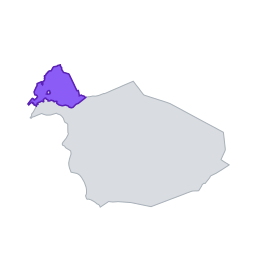 location of Tillabéri within Niger, rotated 67°
{"feature_id": "NER-4859", "entity_name": "Tillabéri", "entity_type": "Department", "adm_level": 1, "iso_a3": "NER", "parent_name": "Niger", "parent_adm1": "", "projection": "equal_earth", "projection_center": [2.123, 13.809], "detail": "fine", "context": "in_parent", "style": "filled", "palette": "violet", "viewbox_px": 256, "rotation_deg": 67, "n_neighbors": 0, "source": "natural_earth", "source_scale": "10m", "svg_char_len": 7198}
<svg xmlns="http://www.w3.org/2000/svg" viewBox="0 0 256 256"><g transform="rotate(67 128 128)"><path d="M190.0,184.5L188.1,184.5L186.9,185.0L185.5,186.4L183.9,187.0L182.0,188.3L180.8,189.3L179.7,190.1L178.1,192.0L177.6,193.5L176.1,193.8L173.8,193.5L172.4,192.0L169.1,190.5L167.0,189.9L166.0,189.7L161.1,189.4L155.8,190.0L153.1,190.7L152.6,190.9L151.1,191.8L149.8,192.9L146.4,197.7L141.9,197.5L139.2,197.0L136.9,196.2L133.7,194.0L129.7,190.6L128.2,190.1L126.8,189.8L126.3,189.9L121.6,193.3L120.7,193.2L119.6,193.6L118.9,194.4L118.3,194.9L117.8,194.9L117.0,194.8L116.3,194.2L115.6,193.3L113.6,189.5L113.2,188.8L112.3,187.7L110.9,186.0L110.0,185.2L109.4,185.0L108.7,185.1L104.9,183.6L101.1,182.0L100.3,182.2L99.7,182.5L98.4,183.7L96.8,183.9L94.9,183.8L93.8,183.7L92.1,184.1L90.9,184.5L89.4,185.3L87.4,187.5L86.9,187.8L86.4,188.1L85.8,194.1L85.2,195.8L84.2,198.2L82.3,200.5L80.9,201.8L80.9,203.7L80.8,206.7L80.8,208.7L80.9,210.1L80.7,210.7L80.6,211.3L80.7,212.2L81.0,212.6L81.2,213.2L81.0,213.6L80.4,214.1L79.7,212.8L78.8,211.8L77.8,211.4L77.1,210.7L76.8,209.8L75.5,207.9L72.5,204.2L72.2,204.1L71.7,204.0L70.9,204.4L70.3,205.0L70.0,205.3L69.4,205.3L68.0,205.8L66.9,206.4L66.9,206.9L67.4,209.7L67.1,211.2L66.6,210.5L65.0,207.6L63.9,205.5L63.7,205.1L63.5,204.4L63.6,204.0L64.1,203.8L65.1,203.6L65.3,203.3L65.4,202.8L65.2,201.7L64.6,200.2L64.0,199.3L63.7,199.1L63.1,199.1L62.4,199.2L61.1,200.4L60.6,200.6L59.3,200.5L58.1,200.3L57.4,199.7L55.3,197.3L53.0,194.9L52.0,194.5L51.8,194.3L51.6,192.4L51.6,190.1L51.8,189.5L52.7,189.9L53.8,190.0L54.1,189.6L53.3,188.8L52.1,188.0L51.7,186.7L51.3,186.3L50.8,185.9L50.2,185.6L49.6,185.3L49.1,184.9L48.5,184.8L47.7,184.5L46.7,182.5L45.7,180.5L45.1,179.0L44.9,178.1L45.2,176.5L44.9,175.9L43.7,174.3L42.8,172.8L43.0,170.5L43.2,168.6L43.2,167.4L43.4,166.7L43.5,166.0L44.1,165.7L45.8,165.7L48.9,166.1L51.4,165.7L51.5,165.6L53.3,163.6L55.2,161.4L58.2,161.2L61.3,161.0L63.8,160.9L67.5,160.7L70.4,160.6L73.8,160.4L73.9,159.4L74.1,159.2L74.4,159.2L76.9,159.7L79.3,160.2L79.5,158.3L81.5,156.0L82.7,155.5L83.0,155.1L83.3,154.3L83.6,153.1L83.7,152.3L84.1,151.5L84.4,150.2L84.8,147.9L86.0,145.5L86.6,142.2L86.7,139.1L86.8,136.7L87.2,136.2L87.2,131.9L87.1,127.6L87.1,124.0L87.1,119.5L87.0,115.5L87.0,111.3L87.0,107.4L87.0,104.9L89.3,104.3L91.8,103.7L95.3,102.7L99.2,101.8L103.4,100.7L104.3,100.0L107.5,96.3L108.9,94.7L111.7,91.4L113.9,88.9L116.6,85.7L119.5,82.4L121.9,79.8L125.5,76.9L131.0,72.5L136.5,68.1L142.0,63.7L147.5,59.3L152.9,55.0L158.3,50.6L163.8,46.2L169.2,41.9L174.8,43.5L180.1,45.1L185.5,46.7L186.8,47.5L189.7,50.7L193.4,54.7L193.6,54.7L197.1,52.4L201.5,49.3L203.0,57.6L204.1,64.7L204.3,69.3L204.4,70.5L204.8,71.3L205.6,72.1L209.2,78.7L208.5,79.8L209.1,81.9L210.0,82.7L212.9,86.7L213.3,87.5L213.2,88.1L211.4,92.7L211.1,93.9L210.8,99.8L210.7,104.0L210.5,109.7L210.2,116.6L210.0,122.4L209.7,130.1L209.4,137.5L206.7,141.5L201.8,148.6L197.8,154.4L195.8,158.3L191.9,165.9L190.2,170.9L188.8,173.4L188.1,174.5L188.8,178.2L190.0,184.5Z" fill="#d9dde1" stroke="#a8b0b8" stroke-width="1"/><path d="M72.1,203.8L72.0,204.0L71.7,204.0L71.4,204.0L71.2,204.1L71.0,204.4L70.9,204.5L70.7,204.5L70.4,204.8L70.3,205.3L70.2,205.3L69.8,205.2L69.7,205.2L69.6,205.4L69.4,205.4L68.9,205.4L68.9,205.5L68.7,205.7L68.4,205.5L68.2,205.5L68.1,205.8L68.0,205.7L67.9,205.7L67.9,205.8L67.7,206.0L67.3,206.0L67.2,206.0L66.9,206.2L66.8,206.4L66.8,206.8L67.0,207.6L67.3,209.0L67.5,209.2L67.6,209.4L67.8,209.5L67.9,210.0L67.7,209.9L67.5,210.1L67.4,210.3L67.2,210.4L67.0,210.6L67.0,210.8L67.1,211.0L66.6,210.5L65.7,208.9L64.9,207.5L64.1,206.0L63.6,205.1L63.4,204.6L63.5,204.2L64.3,203.8L64.4,203.6L64.5,203.6L65.3,203.6L65.5,203.5L65.6,203.4L65.5,203.1L65.6,202.8L65.5,202.7L65.4,202.5L65.3,202.3L65.2,202.1L65.2,201.9L65.1,201.0L65.1,200.8L65.0,200.6L64.9,200.5L64.7,200.3L64.6,200.2L64.4,200.0L64.3,199.7L64.1,199.2L63.6,199.1L62.6,199.0L62.3,199.3L62.1,199.4L61.9,199.4L61.8,199.6L61.6,200.0L61.5,200.3L61.3,200.5L61.2,200.7L59.6,200.6L58.4,200.4L58.1,200.3L57.8,200.1L57.0,199.2L56.4,198.6L55.5,197.6L55.2,197.3L54.4,196.4L53.8,195.6L53.1,194.9L52.8,194.7L52.0,194.6L51.7,194.4L51.6,194.2L51.6,193.9L51.6,193.6L51.6,192.7L51.6,191.3L51.6,190.0L51.7,189.4L52.0,189.5L52.8,190.0L53.4,190.2L53.7,190.3L53.9,189.7L54.0,189.5L54.3,189.8L54.6,189.9L54.9,189.8L54.6,189.5L54.5,189.3L54.3,189.2L53.8,189.2L53.6,189.1L52.4,188.4L52.1,188.0L51.9,187.6L51.8,186.9L51.4,186.3L50.8,185.8L50.3,185.6L49.9,185.7L49.7,185.6L49.3,185.3L49.3,185.2L49.4,184.9L49.2,184.8L47.8,184.8L47.5,184.7L47.3,184.4L47.4,184.1L47.5,183.8L47.5,183.5L47.5,183.4L47.3,183.3L47.1,183.1L47.0,182.9L46.7,182.6L46.5,182.4L46.4,182.3L46.4,182.2L46.3,181.9L46.2,181.8L45.9,181.6L45.9,181.3L46.0,181.0L46.0,180.9L45.9,180.7L45.7,180.6L45.4,180.2L45.4,179.9L45.1,179.7L45.0,179.4L45.1,179.2L45.0,178.9L44.9,178.8L44.9,178.7L44.7,178.5L44.7,178.3L44.7,178.1L45.0,177.6L45.1,177.4L45.1,176.9L45.3,176.6L45.2,176.4L44.8,175.6L43.2,173.7L42.7,172.8L42.7,172.1L43.4,169.4L43.3,168.9L43.0,168.1L43.0,167.7L43.2,167.4L43.3,167.3L43.4,167.1L43.4,166.7L43.3,166.0L43.4,165.6L44.9,166.0L45.2,166.0L45.6,165.9L46.3,165.5L46.6,165.5L48.3,166.3L48.5,166.3L48.8,166.2L49.1,166.0L49.4,165.9L51.1,165.8L51.4,165.7L51.7,165.6L52.6,164.4L53.3,163.6L54.2,162.5L54.9,161.6L55.2,161.4L55.6,161.3L56.4,161.2L57.4,161.2L58.5,161.1L59.5,161.1L60.6,161.0L61.7,161.0L62.7,160.9L63.8,160.9L64.8,160.8L65.9,160.8L66.9,160.7L68.0,160.7L69.0,160.7L70.1,160.6L71.1,160.6L72.2,160.5L73.3,160.5L73.8,160.4L73.9,160.2L73.9,159.7L73.9,159.4L74.0,159.2L74.6,159.2L75.9,159.4L77.9,159.9L79.1,160.1L79.3,160.2L79.4,158.5L79.5,158.1L80.5,157.4L81.3,156.2L81.7,155.9L82.6,155.7L83.0,155.4L83.3,154.9L83.4,155.0L85.9,164.1L85.8,166.1L85.9,166.8L86.0,167.1L87.5,170.5L87.3,172.2L87.0,172.7L86.7,172.8L86.5,173.0L86.4,173.4L86.2,173.6L86.1,173.8L85.2,174.3L84.8,174.3L84.7,174.3L84.4,174.4L84.3,174.5L82.8,176.2L82.4,176.8L82.4,177.0L82.0,179.4L81.9,179.7L81.7,180.1L79.7,182.6L79.3,182.8L77.5,183.9L77.3,183.9L77.2,183.8L76.0,183.2L75.9,183.1L75.7,183.1L75.6,183.3L75.4,183.7L75.3,184.1L75.1,185.4L75.0,185.6L75.0,185.8L74.8,185.9L74.6,185.9L73.9,185.9L73.7,186.0L73.4,186.9L73.3,187.0L73.1,187.1L72.8,187.2L72.6,187.3L72.5,187.7L72.4,188.1L72.4,188.4L72.3,188.5L72.5,189.0L72.4,189.8L72.2,190.4L72.0,190.8L71.9,190.9L71.9,191.0L71.7,191.0L71.6,190.9L71.4,190.8L71.2,190.7L70.6,190.8L69.7,191.8L69.4,192.0L69.2,192.0L68.8,191.9L68.7,191.9L68.4,192.0L68.2,192.3L68.1,192.5L68.1,192.8L68.8,194.9L70.5,195.1L70.8,195.3L70.9,195.5L70.6,195.9L70.2,196.3L69.9,196.5L69.6,196.9L69.6,197.0L69.5,197.3L69.5,197.5L69.7,198.7L69.7,198.8L69.7,199.0L69.7,199.3L69.6,199.6L69.6,200.0L69.7,201.0L69.7,201.3L69.8,201.5L69.8,201.9L69.8,202.0L70.2,202.0L70.3,202.1L70.4,201.9L70.5,201.8L70.5,201.7L70.8,201.6L70.8,201.8L70.9,202.0L70.9,202.4L70.9,202.8L71.0,203.1L71.3,203.2L71.5,203.3L71.9,203.6L72.1,203.8ZM64.2,185.8L63.7,185.6L63.2,185.6L62.8,185.8L62.6,186.2L62.6,186.5L62.6,187.1L62.8,187.6L63.0,188.1L63.4,188.5L63.7,188.7L64.1,188.8L64.5,188.8L64.8,188.8L64.9,189.0L65.0,189.2L65.0,189.5L65.3,189.2L65.7,188.5L65.8,187.9L65.9,187.3L65.9,186.8L65.9,186.4L65.7,186.3L65.4,186.4L65.4,186.2L65.4,185.8L65.3,185.7L64.8,185.8L64.2,185.8Z" fill="#8b5cf6" stroke="#5b21b6" stroke-width="1.5"/></g></svg>